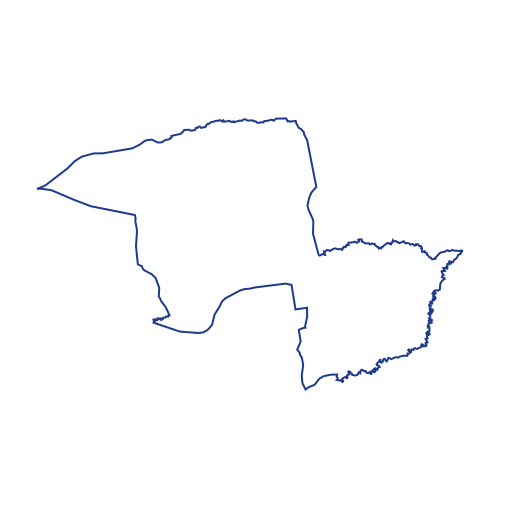 the district of Sida, Nakhon Ratchasima, Thailand, rotated 260°
{"feature_id": "78962969B50986245619578", "entity_name": "Sida", "entity_type": "district", "adm_level": 2, "iso_a3": "THA", "parent_name": "Thailand", "parent_adm1": "Nakhon Ratchasima", "projection": "robinson", "projection_center": [102.538, 15.566], "detail": "fine", "context": "isolated", "style": "outline", "palette": "blue", "viewbox_px": 512, "rotation_deg": 260, "n_neighbors": 0, "source": "geoboundaries", "source_scale": "gbopen_adm2", "svg_char_len": 6158}
<svg xmlns="http://www.w3.org/2000/svg" viewBox="0 0 512 512"><g transform="rotate(260 256 256)"><path d="M194.8,167.9L190.2,185.8L189.9,190.3L191.2,194.7L192.9,197.3L196.0,200.8L205.3,204.9L213.0,211.7L217.1,214.6L219.6,218.4L224.7,233.9L225.4,238.9L224.9,244.3L225.2,249.7L223.7,280.0L223.2,281.7L221.3,286.0L196.5,285.6L196.2,297.3L187.2,295.8L178.4,292.2L176.8,292.2L176.9,289.7L175.8,285.3L164.0,285.1L156.5,280.3L153.4,282.2L150.8,282.3L148.3,283.4L143.3,283.6L140.0,283.4L130.7,280.4L124.2,279.7L121.6,279.9L115.9,281.7L117.6,284.8L119.0,291.4L124.1,297.0L125.8,301.4L126.0,304.2L126.1,309.2L125.2,315.3L123.0,314.4L121.7,315.3L120.6,315.1L119.9,314.1L118.3,318.3L117.0,319.1L117.3,319.9L118.0,320.2L119.7,319.1L120.6,320.3L121.6,323.8L119.9,324.1L120.1,324.9L122.8,325.2L123.2,327.2L123.8,327.7L125.4,326.7L126.1,326.8L126.3,327.4L125.6,328.6L124.2,329.0L123.6,329.9L122.2,330.1L121.0,333.2L121.6,335.7L123.5,336.9L122.4,338.3L125.0,339.0L125.6,340.4L124.9,340.6L124.7,341.8L123.6,342.7L123.8,343.9L121.7,344.7L121.2,346.1L121.9,347.4L121.7,347.9L120.2,348.2L119.8,348.9L120.1,349.4L121.4,349.3L122.6,349.8L122.2,351.1L121.0,352.3L121.4,353.4L122.9,354.0L123.7,351.9L124.5,352.9L124.7,354.1L123.0,355.7L124.8,356.8L125.2,358.5L127.0,357.5L127.6,356.0L128.3,355.9L130.0,357.4L130.5,359.6L131.8,359.4L132.3,359.9L132.2,360.4L129.7,360.6L129.1,361.1L130.0,362.6L132.1,363.5L132.5,364.6L129.5,366.3L129.6,366.8L132.4,368.2L132.6,369.2L130.9,371.3L131.7,374.0L132.0,376.7L131.2,378.4L132.0,380.0L132.1,384.8L131.4,387.3L131.8,387.9L133.6,388.2L133.2,389.8L134.2,391.0L136.8,389.5L137.4,390.1L137.3,390.6L134.9,392.2L136.9,393.2L136.3,395.0L137.5,395.6L137.7,396.3L136.5,398.5L138.0,403.4L138.4,403.7L139.4,403.2L140.3,403.8L139.7,404.9L138.1,405.0L138.5,406.3L137.6,406.9L137.8,408.0L138.6,408.4L140.9,407.9L141.2,408.5L140.9,409.4L141.4,410.0L144.9,408.6L145.2,410.7L147.6,410.3L148.5,410.7L148.3,412.5L148.9,413.5L149.4,413.3L149.6,411.1L150.3,410.3L151.8,412.1L151.2,413.0L151.5,413.6L155.5,414.4L155.7,413.0L156.6,413.4L157.2,412.9L157.9,414.3L159.3,413.9L160.5,415.5L159.6,416.6L159.9,417.5L161.1,417.0L161.2,415.4L161.9,415.0L162.3,416.3L161.8,417.4L162.3,418.2L163.4,417.1L162.8,416.3L163.0,415.6L164.0,416.5L164.6,415.6L165.9,417.0L167.2,417.2L169.4,415.7L170.1,416.7L169.1,417.0L168.9,418.0L171.1,417.9L169.7,419.3L171.3,420.6L171.5,419.2L172.1,418.5L173.0,420.0L173.9,418.1L174.6,418.6L175.4,418.3L176.3,419.4L176.8,418.1L177.6,418.0L178.4,418.8L178.6,420.7L179.6,419.6L180.5,419.6L180.7,420.6L179.9,421.3L181.5,422.1L181.3,423.0L181.8,424.0L182.7,422.5L183.5,422.8L183.8,424.4L183.0,425.0L183.5,425.6L185.2,425.1L185.9,423.5L187.0,424.3L188.2,423.3L188.7,424.5L187.9,426.3L188.6,426.4L189.9,424.6L190.6,425.3L191.0,427.5L190.3,429.1L191.0,431.2L196.7,432.7L199.3,434.9L200.8,437.9L201.4,437.8L203.0,435.4L204.3,436.2L204.6,437.4L208.2,436.1L208.9,436.3L208.5,439.4L211.6,438.3L211.3,440.5L210.3,441.6L210.4,442.2L211.1,442.5L212.6,441.8L213.3,443.2L214.7,442.8L215.2,444.0L214.5,445.7L214.7,446.6L215.8,446.6L216.5,445.3L217.1,445.3L217.0,446.3L215.8,447.8L215.8,449.0L217.5,450.1L219.1,453.3L222.0,455.3L222.4,457.7L223.7,458.2L224.7,459.9L225.3,460.0L225.8,459.6L225.6,457.6L226.8,452.3L227.9,450.4L227.4,449.2L227.3,446.9L228.4,445.6L227.5,442.6L227.3,438.0L223.3,432.6L222.1,432.2L222.6,431.3L222.1,430.7L222.2,428.8L224.0,427.9L224.6,426.5L227.0,425.4L227.6,424.5L229.3,424.7L230.2,422.8L231.4,423.0L231.2,420.4L234.0,420.5L234.6,420.1L234.8,420.8L235.3,420.8L237.3,420.0L237.2,418.7L239.5,417.5L239.9,415.7L238.8,415.5L238.8,413.6L239.7,413.4L240.7,412.1L240.3,410.1L241.8,409.0L242.7,406.8L242.4,406.0L242.8,405.1L244.9,404.0L243.9,400.2L243.9,398.8L245.0,398.3L245.2,397.4L246.5,396.3L246.5,394.1L247.7,393.6L245.5,392.4L245.6,391.5L244.2,391.1L244.5,389.8L245.9,388.7L245.9,387.7L244.4,384.3L243.1,382.5L243.1,381.6L241.8,380.8L241.8,380.3L242.5,379.5L242.1,378.2L243.4,378.1L243.8,377.1L246.1,375.1L247.4,374.9L247.4,373.9L248.2,372.4L247.5,370.3L248.9,369.5L249.3,366.0L251.1,364.0L251.4,363.1L254.1,362.8L254.1,361.3L254.6,360.5L254.1,359.4L252.4,360.1L251.5,357.7L252.0,356.7L252.8,356.3L252.7,351.1L253.1,349.3L251.9,348.7L250.6,349.1L251.1,346.9L249.3,346.0L249.8,344.3L248.9,343.8L248.8,342.7L247.8,342.5L247.1,341.8L248.1,340.6L248.5,337.8L249.8,335.2L249.0,331.5L248.0,329.7L249.3,328.2L249.5,326.9L248.4,325.0L248.7,323.7L245.1,324.3L245.2,323.6L246.6,322.9L245.3,318.7L246.3,317.9L268.1,316.0L279.7,318.4L282.1,318.4L292.7,315.7L296.6,315.4L303.6,318.3L307.0,320.3L309.1,321.9L313.6,327.4L361.1,326.5L367.3,324.5L369.6,324.6L373.0,322.5L374.9,320.3L379.8,318.7L382.1,318.6L382.5,312.4L383.1,312.0L383.1,310.5L386.2,309.6L387.8,299.5L386.1,297.0L387.1,296.1L387.6,294.1L387.1,291.3L387.4,287.8L387.1,286.9L386.2,286.6L386.9,283.5L386.6,282.0L387.3,280.0L388.7,279.1L388.9,277.4L389.6,277.0L390.3,275.6L390.8,271.3L392.5,269.2L392.6,267.3L391.5,265.3L392.2,263.8L391.7,258.3L392.3,257.4L391.7,257.3L392.7,254.0L393.6,253.7L393.8,247.9L395.3,247.5L394.3,246.0L395.5,245.2L396.1,243.5L395.7,242.9L396.1,239.8L395.6,237.3L395.6,235.1L394.2,231.9L394.5,231.4L392.9,229.2L392.0,228.9L391.7,227.9L392.0,227.4L391.6,224.3L393.2,223.3L393.3,222.3L393.2,221.5L392.3,220.8L392.6,219.0L390.9,218.2L390.5,215.7L390.8,213.3L391.7,212.7L392.0,211.6L392.6,207.1L391.1,205.9L390.5,204.5L389.4,203.3L388.9,193.5L387.2,193.4L386.9,191.7L386.3,191.5L385.9,189.8L386.0,186.9L384.3,182.8L384.8,179.0L388.7,173.7L389.0,169.2L388.7,166.6L385.9,160.9L383.5,152.8L383.7,123.1L385.2,114.0L384.1,101.6L380.7,93.7L374.9,85.4L362.4,61.4L361.0,56.5L360.2,52.0L359.4,56.7L356.3,66.0L342.2,87.7L333.7,102.0L317.4,143.8L314.1,144.0L311.6,143.2L303.1,143.3L299.2,142.7L286.5,139.5L268.5,138.2L266.9,139.9L265.9,141.8L262.9,142.4L261.2,143.6L256.3,150.0L251.8,153.3L241.4,155.2L233.0,153.2L230.5,154.3L228.7,154.5L221.0,158.3L212.5,160.5L212.3,159.2L211.6,158.9L212.0,156.9L211.2,156.1L211.4,153.9L210.3,153.6L209.4,151.6L209.7,151.2L211.0,151.4L210.8,150.1L211.5,149.7L211.1,149.1L211.4,148.3L210.6,148.6L209.8,147.3L211.2,145.6L211.1,143.9L210.1,144.1L210.2,144.8L209.2,145.0L208.1,143.6L194.8,167.9Z" fill="none" stroke="#1e3a8a" stroke-width="2"/></g></svg>